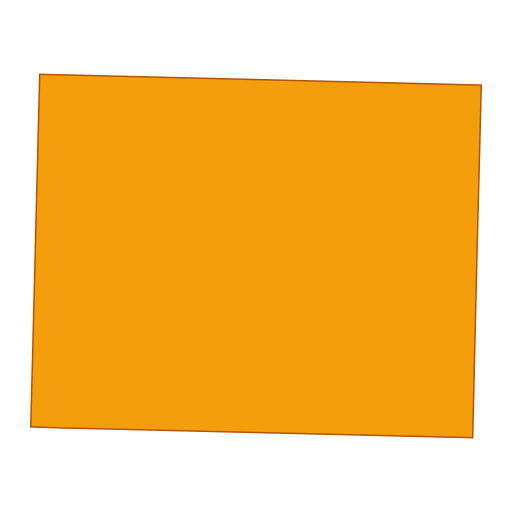 Dade, Missouri, United States of America
{"feature_id": "52423323B68885039178612", "entity_name": "Dade", "entity_type": "district", "adm_level": 2, "iso_a3": "USA", "parent_name": "United States of America", "parent_adm1": "Missouri", "projection": "albers", "projection_center": [-93.847, 37.432], "detail": "fine", "context": "isolated", "style": "filled", "palette": "amber", "viewbox_px": 512, "rotation_deg": 0, "n_neighbors": 0, "source": "geoboundaries", "source_scale": "gbopen_adm2", "svg_char_len": 222}
<svg xmlns="http://www.w3.org/2000/svg" viewBox="0 0 512 512"><path d="M476.8,261.3L481.3,85.1L39.7,74.3L32.6,356.0L30.7,426.9L61.1,427.9L472.7,437.7L476.8,261.3Z" fill="#f59e0b" stroke="#b45309" stroke-width="1.5"/></svg>